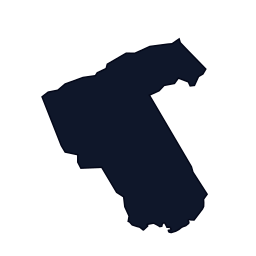 the district of Hampton, South Carolina, United States of America, rotated 281°
{"feature_id": "52423323B13440849980241", "entity_name": "Hampton", "entity_type": "district", "adm_level": 2, "iso_a3": "USA", "parent_name": "United States of America", "parent_adm1": "South Carolina", "projection": "orthographic", "projection_center": [-81.257, 32.792], "detail": "fine", "context": "isolated", "style": "filled", "palette": "ink", "viewbox_px": 256, "rotation_deg": 281, "n_neighbors": 0, "source": "geoboundaries", "source_scale": "gbopen_adm2", "svg_char_len": 1331}
<svg xmlns="http://www.w3.org/2000/svg" viewBox="0 0 256 256"><g transform="rotate(281 128 128)"><path d="M36.4,146.0L36.3,146.5L36.2,147.1L36.0,147.7L35.6,148.1L33.7,150.6L33.1,155.4L32.9,158.5L30.8,162.4L31.1,162.8L35.5,166.0L36.0,165.8L36.1,165.5L36.2,165.2L36.5,165.0L37.0,165.1L39.3,170.8L39.4,171.8L38.3,175.5L37.5,177.6L37.3,177.9L37.4,178.3L38.0,179.9L40.2,179.9L41.7,181.0L41.9,181.8L41.4,182.5L38.5,184.9L38.0,185.2L38.3,186.9L38.8,187.4L38.8,187.7L37.3,189.4L36.7,189.6L36.4,189.5L35.9,188.9L35.3,187.2L34.9,187.2L34.2,187.7L33.7,188.2L33.6,190.3L35.8,194.5L38.1,197.3L40.6,199.4L41.6,200.7L43.1,203.3L45.8,205.6L46.4,205.8L47.3,205.7L48.3,204.6L48.9,204.7L49.4,205.0L49.7,205.4L49.9,207.7L50.3,210.4L62.7,216.5L65.4,217.2L69.1,216.6L71.8,215.9L72.7,215.8L73.1,216.0L78.1,218.3L97.1,200.1L102.1,197.6L164.3,142.7L170.5,151.4L176.7,155.3L180.6,165.1L186.6,167.9L184.8,178.4L181.2,181.0L182.5,185.1L192.0,187.4L195.3,191.2L200.7,193.1L211.2,178.0L215.2,172.2L221.7,163.0L225.2,161.2L219.1,155.2L218.0,151.3L212.2,133.9L202.6,120.4L201.1,112.0L186.7,95.5L182.2,95.2L176.4,87.3L173.1,86.0L169.0,74.2L159.2,57.9L151.7,51.9L148.0,42.8L142.2,37.7L98.0,65.9L92.4,70.9L92.2,83.8L84.9,85.2L79.6,89.4L84.4,109.7L62.7,129.1L59.6,136.9L50.1,139.9L41.7,145.9L36.4,146.0Z" fill="#0f172a" stroke="#020617" stroke-width="1.5"/></g></svg>